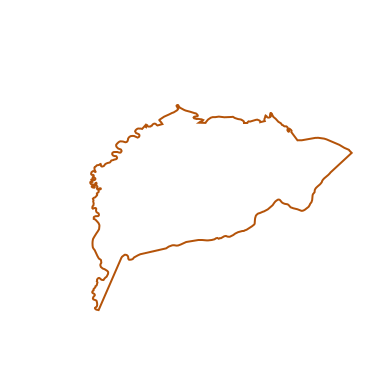 Mosquera, Nariño, Colombia (orthographic projection), rotated 51°
{"feature_id": "7082276B72973217917261", "entity_name": "Mosquera", "entity_type": "district", "adm_level": 2, "iso_a3": "COL", "parent_name": "Colombia", "parent_adm1": "Nariño", "projection": "orthographic", "projection_center": [-78.47, 2.424], "detail": "fine", "context": "isolated", "style": "outline", "palette": "amber", "viewbox_px": 384, "rotation_deg": 51, "n_neighbors": 0, "source": "geoboundaries", "source_scale": "gbopen_adm2", "svg_char_len": 6078}
<svg xmlns="http://www.w3.org/2000/svg" viewBox="0 0 384 384"><g transform="rotate(51 192 192)"><path d="M151.1,285.3L151.8,284.8L153.2,284.4L156.8,284.2L157.7,284.3L159.2,284.7L160.0,285.2L162.4,287.6L163.3,290.0L164.0,292.4L165.5,296.7L166.3,298.6L167.7,300.2L169.1,301.5L171.1,303.0L172.6,303.9L174.0,304.2L175.9,304.2L182.3,305.8L184.8,306.2L185.3,306.2L186.8,305.7L187.7,305.6L189.9,307.0L190.6,308.7L191.2,309.3L192.9,310.0L195.4,309.5L197.0,308.5L200.0,307.5L201.3,307.5L201.8,307.8L202.8,308.8L203.9,311.2L204.1,311.9L204.0,313.1L204.3,314.9L204.7,316.1L204.5,316.5L203.2,317.6L200.9,318.0L200.3,318.3L200.0,319.0L200.0,319.9L200.4,321.0L201.1,321.5L201.5,322.2L202.7,322.3L204.4,324.6L204.6,325.0L204.5,326.4L205.2,327.1L205.5,329.4L205.6,329.8L206.3,330.1L206.5,330.4L206.5,331.6L206.8,332.3L207.1,332.6L207.9,332.8L209.4,332.2L210.3,332.1L210.8,332.3L211.2,332.7L211.4,334.4L211.8,335.2L212.2,335.9L212.8,336.2L213.5,336.2L215.4,335.0L216.2,334.7L216.9,334.8L218.5,335.6L219.8,336.5L220.8,337.6L221.1,338.4L221.0,340.3L221.3,340.6L222.4,340.7L223.3,340.3L225.0,338.9L198.7,288.3L198.3,287.1L198.4,283.9L198.9,283.2L199.9,282.4L201.5,282.2L202.7,282.7L203.7,283.5L205.1,283.5L205.7,282.7L206.5,281.3L206.8,280.1L206.4,278.3L207.1,274.2L207.8,271.4L219.5,247.6L219.8,244.4L221.0,240.9L222.0,239.5L224.0,237.7L224.9,236.3L225.8,233.5L227.2,228.0L233.4,217.1L235.8,214.2L238.7,211.2L239.7,210.0L241.7,206.9L242.9,204.3L243.1,202.4L243.7,201.2L245.2,200.6L245.4,199.4L246.1,198.6L246.7,194.8L247.5,193.3L249.0,192.5L250.2,191.3L250.6,190.6L251.4,187.1L251.5,184.6L252.2,181.5L253.9,177.6L254.9,176.2L255.0,175.3L255.7,173.3L256.4,166.9L256.4,164.0L256.0,163.2L252.8,160.2L252.0,159.3L250.7,157.4L250.4,156.4L250.3,154.5L250.6,153.5L251.0,152.7L252.0,149.1L252.3,148.6L253.2,144.0L253.0,137.6L252.2,135.0L251.8,133.1L251.9,130.9L252.1,129.8L253.0,128.9L253.6,128.7L256.6,128.7L258.1,128.2L259.5,127.4L261.8,125.4L263.2,125.1L265.9,125.0L268.4,123.5L271.8,120.9L275.5,118.8L276.2,117.8L276.5,117.0L276.8,115.6L276.9,110.8L276.3,109.0L275.6,107.7L275.1,105.6L273.9,103.7L270.5,100.4L270.0,99.7L269.8,99.3L269.3,96.9L267.8,95.4L267.4,94.7L266.9,93.2L266.7,91.0L266.6,87.5L266.1,85.1L265.4,84.0L264.9,82.7L264.6,80.7L264.5,75.3L264.2,72.8L264.0,72.3L262.1,43.3L258.8,43.6L258.0,43.5L253.6,45.8L248.1,47.8L235.8,54.3L233.7,55.7L229.3,59.8L227.5,62.2L220.9,74.1L218.2,77.5L207.9,77.1L207.1,76.1L206.1,76.0L204.2,76.4L203.8,76.7L204.2,77.4L205.1,77.8L206.0,78.5L205.9,79.0L205.3,79.2L204.1,79.0L203.8,78.8L203.1,77.6L201.5,77.1L200.6,77.3L200.2,77.5L199.4,78.6L198.8,79.0L197.5,79.2L196.7,79.8L194.5,79.7L191.8,80.7L187.9,80.9L184.8,81.5L182.6,81.1L181.5,80.7L180.3,80.9L180.1,81.2L180.7,82.3L182.0,83.5L182.3,82.8L182.7,82.9L183.0,84.1L182.7,85.2L182.0,86.1L181.1,86.5L179.9,86.4L178.9,86.7L179.3,87.5L180.0,88.1L180.4,89.0L180.9,89.8L181.7,90.5L182.7,90.8L180.7,95.0L180.3,94.6L179.1,94.5L176.9,95.7L176.2,96.8L173.8,102.6L172.7,103.6L172.8,104.8L173.2,105.5L171.1,108.2L169.8,107.3L167.9,107.7L167.3,108.1L166.5,108.3L164.3,110.3L161.5,112.1L159.3,112.9L158.4,114.3L154.3,119.8L150.3,123.7L148.4,126.9L146.8,128.9L146.1,130.6L145.8,134.0L146.5,137.3L146.8,138.0L142.5,143.0L142.6,141.8L143.2,139.8L143.2,138.6L143.1,138.0L141.6,138.8L140.5,139.9L138.9,141.3L138.4,142.3L136.0,144.0L135.1,143.9L134.9,143.1L135.4,141.9L136.4,140.4L136.5,140.1L136.4,139.5L136.1,139.3L135.6,139.2L134.2,139.3L133.2,139.6L132.6,140.2L128.5,142.9L124.7,145.7L123.2,146.5L119.1,148.2L117.8,148.4L115.8,148.1L115.2,148.6L115.1,149.3L115.2,149.7L115.5,149.9L117.1,150.1L117.4,150.3L118.6,150.3L118.9,150.9L119.1,152.2L118.6,156.2L118.0,157.8L117.3,161.0L115.9,166.3L115.4,171.9L115.7,172.2L118.7,172.1L120.6,172.3L118.6,176.9L118.0,177.2L116.1,177.4L115.1,178.3L114.8,179.4L114.8,180.4L115.2,181.4L114.9,182.2L115.0,183.0L113.5,184.9L112.6,185.2L111.9,184.8L111.6,185.0L111.7,185.9L112.6,186.9L112.3,187.0L110.8,186.1L111.6,191.1L110.6,191.8L108.8,193.9L108.5,194.6L108.4,195.7L108.5,196.9L109.0,198.0L110.8,198.4L113.6,197.0L114.5,197.0L115.3,197.5L115.8,198.8L115.5,200.0L112.0,201.8L110.9,203.0L110.0,204.5L109.8,205.9L109.9,206.9L110.4,208.2L111.0,208.7L111.9,210.2L112.0,211.4L111.4,212.5L109.3,213.9L107.6,215.7L107.2,216.7L107.1,217.9L107.3,220.0L107.6,221.2L108.4,221.9L109.3,222.2L110.0,222.2L111.8,222.0L113.9,220.7L114.4,220.5L115.6,220.8L116.1,221.3L116.4,222.6L116.2,223.1L115.4,223.9L114.0,224.8L112.4,226.7L111.6,227.9L111.5,229.1L112.0,229.9L112.6,230.3L113.5,230.4L114.2,230.3L115.2,229.7L116.4,228.4L117.0,228.3L118.3,228.7L118.7,229.3L118.7,230.4L117.8,232.2L117.7,232.9L116.8,234.8L116.8,235.1L117.3,236.7L117.3,237.4L116.3,239.4L115.8,241.3L115.8,242.3L116.3,243.8L116.0,245.2L115.5,246.0L114.8,246.3L114.3,246.2L113.2,245.5L112.7,245.4L112.5,246.0L112.5,247.2L111.4,249.1L111.6,251.2L111.4,251.7L111.5,252.1L111.8,252.6L113.4,253.7L115.6,254.2L115.6,254.5L115.2,254.8L114.1,255.0L113.9,255.2L113.4,256.1L113.4,257.6L114.0,258.6L114.5,259.0L114.9,259.2L115.6,259.1L116.4,258.1L117.1,257.9L117.8,258.3L118.0,259.8L118.2,260.1L118.4,260.2L118.7,260.1L119.4,259.0L119.8,258.7L120.6,258.6L121.1,258.9L121.4,259.5L121.3,260.4L120.6,261.0L119.3,261.4L119.0,262.1L119.1,262.6L119.4,262.7L121.0,262.6L121.5,262.9L121.4,263.4L120.3,264.6L120.6,265.1L121.4,265.5L122.4,265.5L123.8,264.2L124.2,264.1L124.7,264.3L125.0,264.7L125.0,265.1L124.5,265.8L124.5,266.3L124.8,266.6L125.7,266.5L127.1,265.4L127.2,264.9L127.1,264.6L125.8,263.7L124.5,261.9L124.3,261.2L124.6,260.6L125.2,260.7L126.2,262.1L128.2,262.1L129.4,263.6L129.9,263.8L130.3,263.8L130.5,263.5L131.0,261.6L131.3,261.0L131.8,260.7L132.1,260.8L132.3,261.2L131.8,262.5L131.8,263.5L132.1,263.8L132.9,264.2L133.3,264.8L133.2,266.8L133.8,267.3L134.5,267.4L134.8,267.9L135.2,270.6L134.7,272.1L134.9,273.3L136.4,273.7L137.1,274.7L139.0,275.6L140.4,277.1L140.5,278.1L140.9,278.8L141.8,279.6L142.6,279.5L143.1,277.9L143.8,277.0L144.2,276.9L144.8,277.0L145.9,278.2L147.2,278.8L148.2,278.7L149.8,278.1L150.9,278.5L151.6,279.2L151.6,280.2L150.1,282.2L149.7,283.7L149.9,284.3L151.1,285.3Z" fill="none" stroke="#b45309" stroke-width="2"/></g></svg>